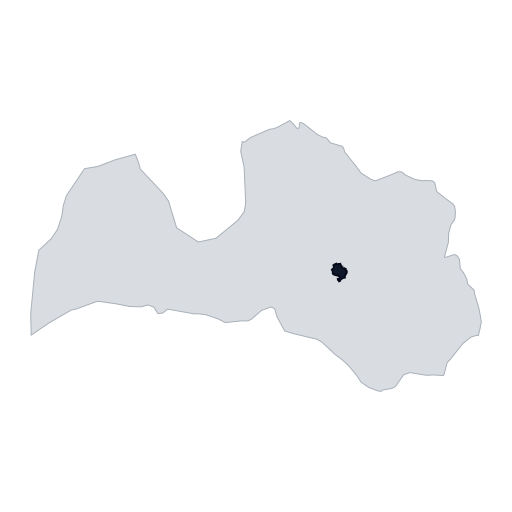 Kalsnavas pag., Madona, Latvia shown in context
{"feature_id": "27541924B10280579441217", "entity_name": "Kalsnavas pag.", "entity_type": "district", "adm_level": 2, "iso_a3": "LVA", "parent_name": "Latvia", "parent_adm1": "Madona", "projection": "orthographic", "projection_center": [25.941, 56.721], "detail": "fine", "context": "in_parent", "style": "filled", "palette": "ink", "viewbox_px": 512, "rotation_deg": 0, "n_neighbors": 0, "source": "geoboundaries", "source_scale": "gbopen_adm2", "svg_char_len": 4882}
<svg xmlns="http://www.w3.org/2000/svg" viewBox="0 0 512 512"><path d="M381.0,391.4L377.8,390.9L368.7,387.4L361.1,382.2L356.5,375.2L348.6,365.7L343.4,360.8L335.4,354.7L321.9,342.1L317.1,339.3L293.3,333.6L284.7,331.0L277.0,316.8L274.6,308.5L270.7,307.0L266.4,308.7L261.8,310.2L250.9,319.6L247.4,320.9L240.8,320.9L225.3,322.6L218.3,319.0L206.2,314.8L199.6,313.9L193.7,313.8L167.7,309.1L162.8,313.0L158.0,313.6L153.6,307.0L147.9,304.9L141.4,306.8L129.7,306.5L116.0,303.8L98.6,301.3L95.9,301.8L75.9,309.1L71.1,310.1L48.9,323.0L31.2,335.1L30.7,313.7L34.8,271.2L38.8,250.3L51.1,238.8L57.4,229.6L61.6,217.1L63.4,205.3L66.4,195.7L84.5,168.7L97.6,166.5L115.5,159.7L135.3,154.2L138.6,162.6L140.2,169.0L162.8,193.0L168.5,201.0L176.6,227.8L198.3,242.0L215.8,238.3L223.6,232.0L237.8,220.4L244.2,211.7L245.7,203.3L244.1,167.1L240.7,151.3L242.2,141.6L244.6,142.1L250.5,137.5L269.7,129.2L273.5,128.8L277.8,127.1L289.8,120.6L293.6,124.2L296.8,128.3L298.6,128.3L299.4,126.8L299.2,124.3L300.1,122.4L303.5,123.5L317.3,134.5L322.6,137.1L326.2,137.8L330.6,142.9L342.5,146.4L343.9,149.0L344.8,152.3L356.0,166.1L361.1,173.1L371.0,179.4L375.3,180.9L392.6,174.2L397.5,171.9L401.5,171.8L405.6,175.1L415.0,179.5L423.5,180.8L425.0,180.5L432.2,180.8L434.7,182.6L436.6,191.4L444.9,198.1L452.6,203.7L454.6,206.3L455.4,211.5L455.1,217.5L454.2,220.6L451.1,224.3L448.6,233.5L448.4,242.1L444.4,257.2L445.4,257.4L454.6,254.5L457.3,256.0L459.4,259.2L460.3,268.6L463.5,272.7L466.8,279.2L467.9,284.3L474.1,290.2L474.7,294.2L478.8,308.0L480.4,316.1L481.3,322.3L479.7,330.2L478.3,335.6L476.4,335.4L471.1,337.0L462.7,343.7L450.4,359.2L447.1,362.7L444.1,374.3L443.3,375.5L435.8,375.1L433.8,374.9L426.3,375.3L410.0,372.6L403.7,374.7L395.5,386.5L392.3,388.3L382.7,390.0L381.0,391.4Z" fill="#d9dde1" stroke="#a8b0b8" stroke-width="1"/><path d="M332.9,273.9L333.0,273.9L333.1,274.0L333.1,273.9L333.1,274.0L333.3,274.2L333.3,274.3L333.5,274.4L333.7,274.5L333.8,274.6L334.0,274.7L334.2,274.9L334.3,274.9L334.6,275.0L334.8,274.9L334.8,275.0L335.0,275.0L335.7,275.3L336.1,275.6L336.5,275.6L336.5,275.4L336.8,275.5L336.8,275.4L336.9,275.2L337.4,275.1L337.8,275.2L337.9,275.3L338.1,275.5L338.4,275.6L338.4,276.2L338.7,276.3L338.8,276.2L339.1,276.2L339.2,276.4L339.3,276.4L339.3,276.6L339.7,276.8L339.9,277.0L339.4,277.8L339.2,278.2L339.1,278.4L338.9,278.6L338.5,278.8L338.3,278.8L337.6,278.7L337.7,280.0L338.1,280.0L338.3,280.1L338.5,280.2L339.0,280.3L339.0,280.6L338.9,280.7L338.9,280.8L339.0,281.1L338.8,281.3L338.9,281.5L339.0,281.6L339.3,281.4L339.4,281.2L339.7,281.1L339.9,281.1L340.0,281.1L340.1,280.9L340.4,280.8L340.4,280.7L340.5,280.4L340.5,280.2L340.4,280.0L340.4,279.7L340.5,279.6L341.0,279.3L341.2,279.2L341.4,279.1L341.8,279.0L342.1,278.8L342.2,278.7L342.7,278.4L342.9,278.3L343.1,278.2L343.3,278.0L343.5,278.0L343.9,277.9L344.0,277.8L344.6,277.9L345.0,277.8L345.2,277.7L345.0,277.3L344.9,277.1L344.8,276.7L344.8,276.3L344.9,276.1L345.4,275.6L345.2,275.1L345.3,275.0L345.5,275.0L345.5,274.9L345.4,274.9L345.0,274.8L345.0,274.6L345.0,274.4L345.3,274.2L345.7,274.1L346.1,274.1L346.6,273.5L346.6,273.3L346.3,273.1L346.5,272.8L346.7,272.6L346.9,272.5L347.1,272.5L346.9,272.5L346.9,272.4L346.9,272.5L346.9,272.4L346.8,272.5L346.7,272.5L346.4,272.6L346.5,272.6L346.4,272.7L346.3,272.4L346.3,272.2L346.2,272.1L346.2,271.9L346.1,271.7L346.3,271.4L346.3,271.0L346.4,270.9L346.5,270.8L346.7,270.7L346.6,270.4L346.5,270.2L346.4,270.1L346.0,270.0L345.9,270.0L345.6,269.8L345.6,269.7L345.4,269.6L345.4,269.4L345.3,269.2L345.5,268.9L345.4,268.9L345.5,268.8L345.6,268.7L345.1,268.4L344.4,268.2L344.4,268.3L344.3,268.2L344.3,268.3L344.2,268.3L344.3,268.4L344.2,268.4L344.2,268.5L344.0,268.4L343.8,268.4L343.7,268.4L343.5,268.5L343.4,268.5L343.0,268.2L342.7,268.1L342.4,267.9L342.2,267.8L341.9,267.7L342.0,267.6L341.9,267.5L342.0,267.5L342.0,267.4L341.8,267.2L341.7,267.3L341.7,267.2L341.6,266.9L341.6,266.7L341.8,266.5L341.7,266.5L341.7,266.4L341.6,266.2L341.4,266.0L341.3,265.9L341.2,265.8L341.1,265.7L341.1,265.4L341.2,265.2L341.0,264.9L340.9,264.8L340.8,264.7L340.7,264.7L340.4,264.5L340.3,264.4L340.2,264.2L340.2,264.3L340.3,264.3L340.1,264.3L340.1,264.2L339.9,264.1L339.7,264.0L339.7,263.9L339.8,263.9L339.7,263.8L339.8,263.7L338.6,263.8L338.4,263.8L337.7,264.2L336.8,263.8L336.6,263.6L336.5,263.8L336.4,263.8L336.3,263.7L336.2,263.8L336.2,263.7L335.0,263.9L334.2,264.5L333.6,264.9L333.5,265.0L333.2,265.1L333.2,265.3L333.2,265.5L333.3,265.6L333.5,265.7L333.6,265.9L333.6,266.0L333.7,266.8L333.8,267.0L333.9,267.4L333.8,267.5L333.8,267.8L333.7,267.9L333.4,268.0L333.0,268.4L332.9,268.6L332.7,268.7L332.7,268.9L332.5,269.0L332.4,269.1L332.1,269.2L332.1,269.3L332.2,269.5L331.8,269.7L331.9,269.8L331.8,270.0L332.0,270.2L332.0,270.3L332.1,270.5L332.3,270.8L332.3,271.0L332.5,271.1L332.7,272.1L332.8,272.2L332.8,272.5L332.7,272.6L332.7,272.8L332.5,273.1L332.8,273.5L332.9,273.9Z" fill="#0f172a" stroke="#020617" stroke-width="1.5"/></svg>